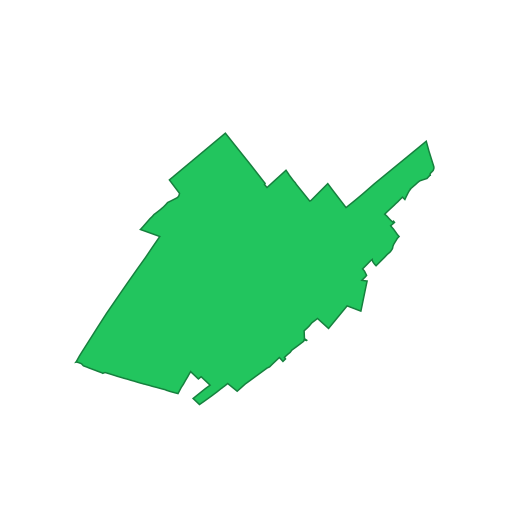 the district of Deveselu, Olt, Romania, rotated 131°
{"feature_id": "2599482B83745956221005", "entity_name": "Deveselu", "entity_type": "district", "adm_level": 2, "iso_a3": "ROU", "parent_name": "Romania", "parent_adm1": "Olt", "projection": "natural_earth1", "projection_center": [24.397, 44.055], "detail": "fine", "context": "isolated", "style": "filled", "palette": "green", "viewbox_px": 512, "rotation_deg": 131, "n_neighbors": 0, "source": "geoboundaries", "source_scale": "gbopen_adm2", "svg_char_len": 3746}
<svg xmlns="http://www.w3.org/2000/svg" viewBox="0 0 512 512"><g transform="rotate(131 256 256)"><path d="M311.8,360.6L311.7,360.4L311.6,359.9L311.0,358.5L307.9,350.5L304.4,341.4L317.6,339.9L329.7,338.4L342.4,337.2L360.9,335.3L367.2,334.6L397.2,331.2L413.0,328.9L442.7,324.4L447.1,323.7L453.2,322.4L454.3,322.3L453.9,322.0L453.4,321.1L452.9,320.1L452.5,319.0L452.1,318.0L451.8,317.0L451.8,316.7L451.9,316.1L452.1,314.3L452.0,313.9L450.9,311.1L449.9,308.1L448.8,305.2L447.6,302.0L447.1,300.5L446.3,298.4L445.6,296.6L445.2,295.4L445.1,295.1L445.1,294.7L443.0,293.5L442.2,291.9L441.8,290.9L441.4,290.1L439.9,286.7L439.3,285.3L438.6,283.7L437.8,281.7L437.2,280.5L436.9,279.8L436.2,278.3L435.7,277.2L434.8,275.2L434.3,274.2L433.1,271.8L432.2,269.6L431.1,267.3L430.4,265.9L428.9,262.4L427.6,259.6L427.1,258.6L426.9,258.3L426.7,257.8L426.4,257.0L425.9,256.2L425.3,255.0L424.6,253.5L423.8,252.0L422.5,249.0L421.5,247.0L420.5,245.1L418.0,239.8L416.4,236.7L416.3,236.1L416.2,235.8L416.1,235.4L415.8,234.8L415.2,233.4L414.9,232.6L412.5,227.6L412.0,226.6L411.0,224.6L407.6,225.4L404.2,226.2L400.3,226.7L398.0,227.2L395.6,227.7L393.8,228.0L391.6,228.4L389.4,228.9L387.6,229.2L386.6,229.4L386.1,229.5L386.2,228.5L386.3,226.1L386.4,223.6L386.6,218.8L383.1,218.2L383.6,205.9L389.2,207.2L404.8,210.0L405.2,201.2L399.6,199.8L394.1,198.5L390.3,197.6L386.5,196.8L384.3,196.3L383.2,196.1L382.6,196.0L381.0,195.7L379.6,195.5L378.9,195.3L377.6,195.0L376.4,194.8L375.2,194.5L374.2,194.3L373.6,194.2L373.2,194.1L372.5,194.0L372.0,193.9L370.8,193.7L370.4,181.5L365.1,180.8L359.4,180.1L357.0,179.5L349.0,177.7L346.3,177.1L345.1,176.8L333.2,174.1L330.8,173.0L326.8,172.7L317.3,171.8L317.9,166.5L314.3,166.2L313.9,168.0L311.5,167.8L309.2,167.5L306.3,167.0L303.5,167.2L296.3,165.6L289.0,164.1L287.8,164.7L286.6,162.4L286.3,162.4L286.6,165.2L280.9,170.6L276.7,170.1L273.9,169.9L270.9,170.0L269.7,170.0L264.3,168.9L262.8,168.6L263.1,153.7L233.9,154.5L228.8,140.7L228.2,141.0L206.0,153.5L202.4,155.5L202.0,155.7L204.9,160.1L204.2,160.1L202.4,160.0L201.0,159.8L199.1,159.8L198.1,159.8L197.7,160.7L197.1,162.2L196.4,163.8L196.2,164.5L195.8,167.1L189.5,166.7L185.7,166.5L183.7,166.3L182.4,166.0L182.8,165.7L183.1,165.2L183.7,164.0L184.2,162.1L184.5,160.6L184.5,160.0L184.6,159.0L172.3,158.1L168.7,158.0L166.4,157.6L165.6,157.5L164.6,157.4L163.5,157.5L161.7,157.7L160.6,158.0L158.9,159.0L156.9,159.7L154.7,160.1L152.2,160.5L149.9,160.9L147.4,160.8L147.1,163.2L146.0,167.7L145.5,169.9L144.9,174.2L139.8,173.5L139.5,175.1L140.7,175.3L140.7,176.4L140.6,178.5L140.5,179.8L140.2,182.2L140.1,182.4L140.0,184.5L140.0,186.3L136.1,186.0L126.7,185.0L124.9,184.9L123.4,184.7L122.3,184.6L121.8,184.5L120.9,184.5L119.4,184.4L115.5,184.1L115.7,180.7L112.6,181.6L108.3,182.7L106.3,183.1L104.2,183.2L104.1,183.5L101.6,183.1L99.9,182.9L97.4,182.5L94.5,182.2L92.4,181.8L91.9,181.7L90.5,180.9L89.1,180.1L85.3,177.8L84.6,177.8L80.9,177.7L80.7,177.5L80.0,178.4L79.8,178.5L79.6,178.5L78.2,178.6L77.4,178.5L76.1,178.4L74.9,178.5L73.9,178.9L72.9,179.4L72.5,179.8L72.0,180.3L71.3,181.4L63.5,194.1L57.7,202.8L124.2,214.1L133.7,215.4L140.0,216.3L148.7,217.7L155.5,218.9L160.4,219.8L156.1,241.0L154.3,249.3L165.7,250.1L171.9,250.5L178.0,250.9L179.3,251.5L175.5,272.7L175.0,274.3L174.6,277.3L173.0,284.7L172.8,285.0L171.6,289.6L197.1,292.6L196.5,296.5L195.5,296.6L195.3,296.7L195.2,296.8L195.2,297.0L190.9,318.9L190.4,321.6L186.0,345.7L183.4,359.7L193.8,361.4L255.4,371.3L258.9,354.8L260.1,354.2L261.2,353.7L263.3,353.6L265.4,354.4L267.9,355.4L270.6,356.5L272.9,357.5L273.7,357.8L276.3,357.8L278.0,357.9L279.7,358.0L281.5,358.3L283.7,358.6L286.9,359.2L290.3,359.9L291.5,360.2L294.3,360.2L297.3,360.5L300.5,360.5L305.4,360.5L307.9,360.5L311.8,360.6Z" fill="#22c55e" stroke="#15803d" stroke-width="1.5"/></g></svg>